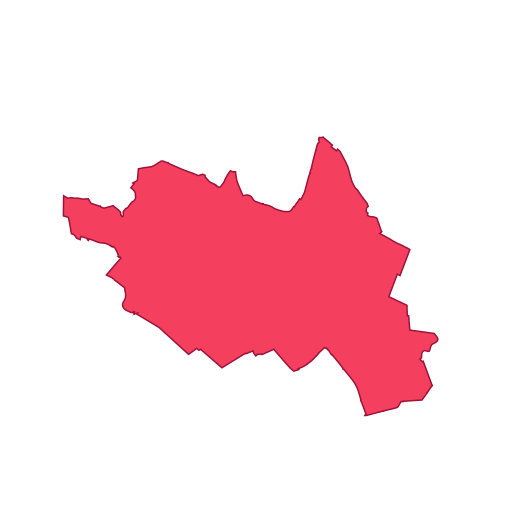 the district of Utrecht, Utrecht, Netherlands, rotated 193°
{"feature_id": "6326949B99313902629116", "entity_name": "Utrecht", "entity_type": "district", "adm_level": 2, "iso_a3": "NLD", "parent_name": "Netherlands", "parent_adm1": "Utrecht", "projection": "robinson", "projection_center": [5.068, 52.084], "detail": "fine", "context": "isolated", "style": "filled", "palette": "rose", "viewbox_px": 512, "rotation_deg": 193, "n_neighbors": 0, "source": "geoboundaries", "source_scale": "gbopen_adm2", "svg_char_len": 5964}
<svg xmlns="http://www.w3.org/2000/svg" viewBox="0 0 512 512"><g transform="rotate(193 256 256)"><path d="M299.6,145.0L295.5,149.6L293.0,152.6L291.0,151.5L290.3,151.4L289.7,151.7L288.9,152.6L264.1,139.4L244.4,158.9L243.8,158.5L241.3,160.3L241.2,160.3L237.6,162.8L237.1,161.9L236.1,160.7L234.9,159.5L233.8,158.6L233.0,159.3L232.9,159.5L232.9,160.4L230.1,161.2L228.5,161.8L228.0,161.3L217.7,169.1L206.4,160.8L198.1,154.9L196.3,153.8L193.3,152.3L188.7,155.0L189.5,155.7L186.9,157.5L185.3,158.7L183.6,160.2L181.4,162.5L181.5,162.7L178.9,165.6L177.3,167.9L173.8,173.8L173.0,175.4L173.2,175.5L171.4,178.0L168.6,182.3L167.4,181.8L167.1,181.9L166.8,182.2L165.5,181.6L165.8,181.3L165.7,181.2L164.5,180.6L163.2,179.7L160.8,177.2L160.2,176.8L159.9,177.0L157.2,175.1L150.3,169.7L145.5,165.8L145.7,165.6L145.6,165.4L145.4,165.5L145.1,165.3L145.3,165.2L145.1,165.1L144.9,165.1L144.7,165.2L135.6,158.1L131.9,154.9L130.2,153.1L128.2,150.7L126.8,148.8L125.6,146.9L121.5,139.6L121.7,139.3L121.3,138.5L119.8,136.6L113.3,126.7L113.0,125.9L114.2,125.3L114.0,125.0L112.4,125.8L112.3,125.6L110.2,126.7L97.9,133.2L97.3,133.5L97.0,133.4L96.6,133.6L96.6,133.9L93.0,135.7L89.9,137.2L85.3,139.6L84.1,140.4L84.0,140.5L83.9,141.0L83.6,141.2L82.2,145.9L82.1,146.7L80.3,147.1L80.5,147.4L61.9,153.0L58.6,160.7L58.5,160.9L58.7,161.2L58.4,161.2L58.0,162.3L55.5,169.1L55.3,168.8L55.0,169.4L56.0,170.6L59.5,175.9L68.3,189.4L69.5,191.1L69.9,190.6L70.0,190.4L72.9,192.2L73.1,192.5L72.2,193.4L71.9,194.1L71.9,194.6L72.3,196.5L72.5,198.0L72.4,199.5L72.0,200.4L71.4,201.3L70.4,201.8L66.6,201.8L66.2,201.9L65.7,202.4L65.6,202.8L65.5,203.5L65.5,205.9L65.2,207.9L64.9,208.8L64.5,209.6L64.2,209.9L62.0,211.7L60.5,213.5L60.2,214.1L60.1,214.7L60.1,215.8L60.4,216.5L61.0,217.4L65.0,220.6L89.4,218.4L93.0,229.2L93.0,229.4L92.9,229.4L93.8,232.0L95.1,231.8L95.9,234.5L96.1,235.6L97.0,238.3L97.0,238.6L97.4,240.1L97.4,241.0L97.6,241.4L98.1,241.8L98.1,242.0L117.4,246.2L115.9,257.7L114.2,270.1L111.3,269.3L107.5,296.8L108.5,297.2L111.3,298.0L112.5,298.2L116.1,299.2L118.4,299.7L120.1,299.9L125.8,301.4L130.6,303.1L131.4,303.2L137.6,305.0L140.6,305.7L138.9,307.8L138.9,308.1L139.3,308.3L139.6,308.6L143.7,315.3L145.5,318.0L146.1,319.2L146.8,319.9L147.0,320.2L148.5,320.5L149.3,320.5L150.1,320.5L150.9,320.5L150.9,320.4L153.5,320.1L154.4,320.1L155.7,320.4L156.8,321.1L156.5,322.9L157.2,323.2L158.6,324.2L158.8,324.8L159.1,327.2L159.0,327.7L158.7,328.4L157.9,329.3L157.8,329.5L158.0,330.0L158.6,330.6L158.9,331.4L159.2,331.9L159.8,332.3L160.0,332.7L161.0,333.5L161.0,333.4L167.6,339.0L170.4,341.7L171.7,342.9L172.8,343.7L174.3,344.4L176.4,346.6L178.9,349.6L181.6,354.2L185.7,362.1L186.7,363.8L189.9,367.9L196.8,375.9L197.5,376.7L198.1,377.1L200.5,378.5L201.2,376.6L207.2,379.2L206.5,381.2L208.8,382.3L209.3,382.8L216.2,386.2L217.4,387.0L219.2,386.0L221.1,385.7L221.2,383.4L220.0,381.8L220.1,380.8L221.0,379.7L221.3,379.1L221.9,360.3L221.8,358.1L221.9,354.7L221.9,354.3L221.5,353.8L222.0,352.9L222.1,352.4L222.1,351.0L222.2,350.5L222.2,348.6L221.9,348.6L222.4,346.7L222.5,345.8L223.0,330.0L223.1,328.9L223.4,327.2L224.0,325.2L224.0,324.6L225.0,321.1L226.5,321.5L226.6,321.2L227.5,318.1L228.3,316.9L229.7,312.6L230.3,312.7L231.7,309.2L232.3,308.1L233.0,307.3L234.4,306.5L238.1,305.8L240.7,305.6L243.3,305.7L247.0,306.1L249.2,306.6L251.2,307.3L254.1,307.9L257.6,308.1L261.1,308.0L261.0,308.6L261.4,308.6L261.5,308.4L261.8,308.2L262.1,308.2L267.4,308.9L268.1,308.8L269.1,309.1L270.3,309.6L271.3,310.3L272.4,311.5L273.6,312.5L275.0,313.2L276.5,313.5L278.4,313.5L282.3,311.9L288.8,320.8L290.7,323.7L292.0,325.9L292.3,326.7L292.4,327.2L292.6,327.3L292.8,327.7L294.9,333.5L298.1,332.8L300.1,333.3L302.0,328.8L303.5,323.2L303.7,321.1L303.9,321.0L303.9,320.6L305.4,317.2L305.5,316.6L307.1,314.5L310.7,315.5L310.5,315.9L312.7,316.6L312.7,316.4L315.1,317.2L315.8,317.2L318.7,318.3L323.4,321.7L323.8,323.2L325.1,323.5L326.3,323.7L330.2,321.5L330.7,321.4L336.3,322.4L340.1,322.8L348.0,323.9L360.2,326.2L361.8,326.7L362.3,327.0L362.6,326.8L363.0,327.2L363.3,327.0L364.0,327.0L367.6,327.6L368.7,327.5L370.0,327.0L370.6,326.3L375.3,321.5L376.2,320.7L378.2,319.4L384.1,317.1L384.3,317.1L390.2,314.5L389.7,311.1L388.6,303.0L388.8,302.7L392.5,299.4L391.1,298.9L393.3,294.3L392.1,293.8L390.3,292.7L388.9,291.6L388.0,290.5L387.6,289.9L387.1,287.7L386.7,287.1L386.4,284.8L386.6,283.9L387.4,282.2L387.8,281.8L388.9,280.8L389.3,280.2L389.8,279.0L390.9,276.8L391.4,275.3L391.8,274.6L392.6,273.6L393.8,272.8L394.1,271.5L395.0,270.4L395.2,269.6L395.2,268.6L395.2,268.3L394.5,266.5L394.4,265.9L394.5,265.1L394.5,264.8L395.4,264.2L396.4,265.1L396.8,265.8L397.0,265.7L397.7,267.8L398.0,268.2L398.4,268.6L400.0,269.7L404.4,271.8L406.5,272.9L409.2,271.4L414.9,268.4L418.3,268.9L419.1,269.7L419.7,269.4L428.6,270.2L432.4,274.1L432.9,273.8L437.2,272.6L438.4,272.4L443.0,272.3L445.2,271.6L448.9,271.3L451.9,270.2L452.5,270.2L453.3,270.2L457.0,271.4L452.7,251.7L448.3,251.5L447.7,251.3L447.3,251.1L444.5,244.9L440.9,236.2L439.4,236.1L438.3,235.8L437.5,235.4L436.8,234.9L435.1,233.3L434.6,233.0L433.8,232.8L431.3,232.5L431.1,232.4L430.9,235.7L424.2,235.2L424.0,233.9L422.7,233.5L422.7,234.9L422.5,235.1L418.5,234.7L413.2,233.9L410.4,233.9L406.4,234.4L405.1,234.4L400.3,233.6L400.4,233.3L399.2,232.8L399.1,233.0L397.6,232.5L397.3,233.1L396.5,232.9L395.8,232.4L395.1,231.9L393.1,229.6L392.3,228.7L391.2,227.1L390.0,225.1L390.2,224.8L389.7,224.9L389.3,223.9L387.7,224.3L387.3,223.3L391.4,215.7L397.5,203.8L392.8,202.7L392.1,202.8L391.5,202.6L390.6,201.8L389.3,201.8L388.4,200.7L386.2,199.8L376.9,195.5L375.6,192.0L375.1,191.1L374.5,189.6L374.2,188.2L374.0,187.2L373.9,185.8L373.8,185.4L373.9,185.1L374.2,183.6L374.7,182.0L375.2,180.1L375.1,179.0L375.0,178.3L374.8,177.6L374.1,176.4L373.0,175.3L372.0,174.6L370.7,174.0L365.1,172.8L363.7,173.4L363.1,173.0L362.3,174.4L361.9,174.3L361.7,173.3L361.7,172.8L361.8,172.6L361.1,172.4L361.2,172.2L360.4,172.7L358.7,173.6L359.1,172.6L334.3,164.5L299.6,145.0Z" fill="#f43f5e" stroke="#9f1239" stroke-width="1.5"/></g></svg>